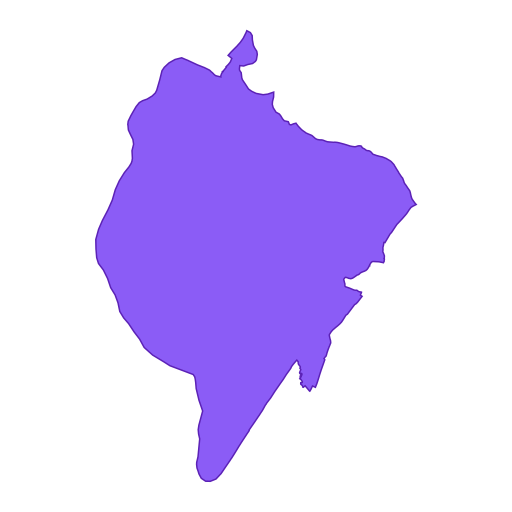 Doicesti, Dâmbovita, Romania
{"feature_id": "2599482B68279718478530", "entity_name": "Doicesti", "entity_type": "district", "adm_level": 2, "iso_a3": "ROU", "parent_name": "Romania", "parent_adm1": "Dâmbovita", "projection": "mercator", "projection_center": [25.417, 44.992], "detail": "fine", "context": "isolated", "style": "filled", "palette": "violet", "viewbox_px": 512, "rotation_deg": 0, "n_neighbors": 0, "source": "geoboundaries", "source_scale": "gbopen_adm2", "svg_char_len": 6031}
<svg xmlns="http://www.w3.org/2000/svg" viewBox="0 0 512 512"><path d="M416.2,204.5L415.1,203.3L413.7,201.4L412.1,199.1L411.5,197.6L410.8,195.0L410.3,192.5L409.7,190.7L408.7,189.3L407.5,187.6L407.0,186.8L406.2,185.6L405.8,185.0L405.2,184.3L404.5,183.2L404.1,182.4L403.7,181.0L403.4,180.2L403.0,179.1L402.6,178.1L401.4,176.7L399.8,174.3L398.9,173.0L398.6,172.4L398.5,172.1L396.4,168.8L395.3,166.9L394.7,166.1L394.4,165.3L393.7,164.3L392.5,163.0L391.2,161.6L389.7,160.5L388.1,159.6L386.1,158.4L384.3,157.7L382.3,156.9L379.8,156.4L378.1,155.9L376.5,155.5L374.9,154.9L373.6,154.5L372.8,154.1L371.8,152.9L371.1,152.1L370.4,151.5L369.6,151.0L368.6,150.7L367.2,150.6L366.3,150.3L364.6,149.0L362.9,148.1L362.1,147.5L361.7,146.8L361.5,146.3L361.0,146.0L359.8,145.8L358.9,145.8L357.7,146.0L356.6,146.4L355.0,146.8L352.0,146.4L350.0,146.0L348.5,145.5L346.6,144.9L344.3,144.2L342.1,143.6L339.4,142.9L337.7,142.5L336.2,142.3L334.8,142.2L333.3,142.3L332.4,142.2L331.1,142.1L330.0,142.0L328.8,141.9L327.6,141.8L326.6,141.5L325.4,141.1L324.9,140.9L323.9,140.5L322.8,140.1L321.5,139.9L320.0,139.9L318.7,139.7L317.5,139.5L316.6,139.2L315.2,138.4L313.2,136.6L311.9,135.5L310.6,134.9L308.6,134.1L306.8,133.3L305.9,132.9L305.2,132.3L303.3,131.0L301.6,129.7L298.9,126.9L298.0,125.9L297.2,124.8L296.5,124.0L296.0,123.2L293.6,123.8L290.9,124.9L289.4,124.4L288.3,121.7L284.3,120.8L282.6,118.9L280.6,115.6L279.3,114.0L276.0,112.2L273.2,107.7L272.3,104.4L272.5,101.6L273.6,97.0L273.7,92.1L267.8,94.1L263.1,94.7L256.1,93.4L251.7,91.3L248.5,89.0L245.8,84.8L242.5,79.9L241.8,77.9L241.2,72.7L239.6,70.3L239.4,69.0L239.8,65.6L243.7,66.0L247.8,64.5L252.6,63.5L255.4,61.4L256.4,59.8L257.3,54.4L256.8,51.3L254.7,48.1L253.4,45.4L252.4,40.0L252.2,35.6L250.4,32.6L247.0,30.8L246.8,30.7L246.1,32.5L245.4,33.9L243.2,38.3L241.0,41.4L240.2,42.5L239.3,43.5L238.1,44.8L237.1,46.0L234.4,48.7L231.1,52.0L228.1,55.4L231.8,58.4L231.1,60.1L230.6,61.3L230.1,62.3L228.7,64.0L228.4,64.4L226.0,66.8L226.3,67.3L225.3,68.5L223.4,70.8L222.5,71.6L222.9,71.8L222.2,72.5L221.4,74.0L221.1,75.0L220.9,75.6L220.7,76.2L220.8,76.9L216.8,76.0L215.5,75.6L214.0,74.4L213.1,73.4L211.8,72.2L211.0,71.6L210.7,71.2L210.4,70.9L209.3,70.0L204.2,67.5L202.8,67.0L200.1,65.9L197.5,64.9L188.7,60.8L187.9,60.4L185.4,59.4L181.7,57.8L179.6,58.3L175.0,59.5L169.0,62.9L164.3,67.3L162.0,70.7L159.7,80.0L156.7,90.3L155.3,93.0L152.2,96.0L147.1,99.1L142.6,100.7L139.3,102.6L136.1,106.6L132.9,112.1L130.8,115.8L128.2,121.2L127.8,124.5L128.0,125.5L128.2,128.0L128.4,130.0L130.0,133.5L131.1,135.8L132.9,139.4L133.6,144.2L133.0,146.7L132.0,150.7L132.4,158.4L132.0,161.0L131.2,163.3L128.9,167.0L124.4,172.6L119.3,180.8L115.3,189.7L112.3,200.1L108.0,209.8L102.4,220.5L98.6,229.3L95.8,239.5L96.0,249.1L96.7,257.7L98.5,263.5L103.4,270.0L107.6,278.5L110.7,287.7L115.1,294.9L118.0,302.8L119.8,311.5L123.7,317.9L128.6,323.6L134.1,331.9L139.6,339.1L144.2,347.5L152.7,355.1L163.8,361.8L169.9,365.7L193.2,374.5L194.7,376.8L195.2,378.9L195.7,382.5L196.2,388.6L199.0,400.3L202.6,410.8L202.6,411.3L198.9,425.1L198.2,429.7L198.6,434.0L199.7,438.9L198.0,456.8L196.7,462.3L196.6,464.5L197.0,468.0L198.0,470.8L199.0,474.0L201.3,478.3L205.6,481.2L210.3,481.3L216.0,479.0L219.9,474.8L221.0,473.7L225.4,467.2L230.4,459.9L230.6,459.5L231.7,458.0L234.9,452.9L236.5,450.3L238.6,446.8L241.4,442.4L246.7,434.3L249.2,430.6L249.1,430.0L254.5,422.2L254.7,421.9L257.8,417.3L259.6,414.7L259.9,414.2L260.8,412.8L262.3,410.6L263.5,408.5L265.4,405.0L266.0,404.3L266.8,402.9L267.9,401.5L270.6,398.0L274.7,391.6L274.9,391.3L277.9,387.0L280.3,383.5L283.3,379.3L283.6,378.8L286.2,374.7L287.1,373.4L288.5,371.5L290.4,368.8L290.7,368.4L291.5,366.6L293.2,364.3L296.8,360.1L298.2,361.8L298.2,363.1L298.5,364.3L300.3,366.7L300.3,367.5L300.0,367.8L299.9,368.2L300.2,368.6L300.8,369.6L300.6,370.2L300.0,371.5L299.6,372.6L299.7,373.2L300.2,373.3L300.6,373.3L301.2,373.4L301.6,373.5L301.8,373.7L301.9,374.1L301.9,374.8L301.5,374.8L301.0,374.5L300.4,374.9L300.4,375.2L300.6,375.2L301.0,375.3L301.2,375.8L301.2,376.5L300.5,376.7L300.0,377.0L300.2,377.3L300.6,377.4L300.6,377.8L300.2,378.2L299.8,378.7L300.3,379.1L301.0,379.6L301.7,380.6L302.3,381.6L302.3,382.3L301.9,382.7L301.4,382.6L300.8,382.6L300.7,383.6L300.9,384.4L301.6,384.8L302.4,385.8L302.9,386.8L302.9,387.2L303.3,387.3L305.1,385.8L307.4,388.5L309.5,391.0L309.8,391.2L310.1,390.8L311.1,389.0L312.5,386.0L315.4,387.3L315.7,386.5L316.4,384.8L316.5,384.5L316.8,383.8L318.6,378.2L319.7,374.5L321.1,370.2L322.3,366.8L324.0,362.0L324.3,361.0L324.5,360.6L324.7,360.0L324.8,359.7L324.0,358.5L325.0,357.2L326.0,356.2L326.4,355.1L327.1,352.5L328.2,349.3L329.2,346.7L329.6,345.8L330.1,344.4L330.7,343.0L330.7,342.2L330.5,340.4L329.9,338.4L329.3,335.3L329.4,334.5L331.3,331.6L333.0,329.7L334.0,328.9L335.7,327.4L337.8,325.7L339.9,323.8L341.5,322.1L343.0,319.9L345.4,316.0L345.8,315.3L346.6,314.7L347.4,314.2L354.6,304.6L356.0,303.8L357.5,302.3L359.9,299.2L362.1,296.3L360.4,295.2L360.7,294.2L361.4,292.7L361.5,292.2L361.1,292.0L359.9,291.9L358.6,291.5L356.8,290.2L355.9,290.3L354.3,290.1L352.3,289.3L349.5,288.1L345.4,286.7L344.9,285.9L344.9,283.8L344.5,282.6L344.1,280.8L343.7,279.8L343.9,279.1L344.4,278.3L345.3,277.4L345.5,277.3L346.1,277.4L347.5,277.8L348.6,278.3L349.7,278.5L350.5,278.7L351.2,278.6L351.6,278.5L352.7,278.1L354.4,277.0L356.1,275.8L357.0,275.1L357.7,274.9L358.5,274.6L359.1,274.2L360.1,273.2L360.6,272.8L361.2,272.5L362.5,271.9L364.6,271.1L365.1,270.8L365.7,270.6L366.3,270.1L367.1,269.4L367.6,268.7L368.5,267.4L369.2,265.9L369.4,265.8L369.7,265.8L369.7,265.5L369.7,265.1L369.7,264.6L370.3,263.9L370.9,262.8L371.8,261.9L373.0,261.5L379.0,261.8L383.4,262.7L383.5,262.2L384.0,261.8L384.1,261.6L384.1,261.2L384.2,260.7L384.2,260.0L384.4,259.4L384.4,259.1L384.3,258.9L384.0,258.4L384.3,258.1L384.3,257.6L384.4,256.4L384.4,255.8L383.5,253.3L382.9,251.9L382.8,251.2L383.0,250.1L382.9,247.5L383.5,245.1L383.9,242.4L384.5,242.3L385.0,242.6L390.0,234.1L391.5,232.5L396.8,224.5L402.2,218.8L406.6,213.7L409.1,209.9L411.0,207.4L413.1,206.1L416.2,204.5Z" fill="#8b5cf6" stroke="#5b21b6" stroke-width="1.5"/></svg>